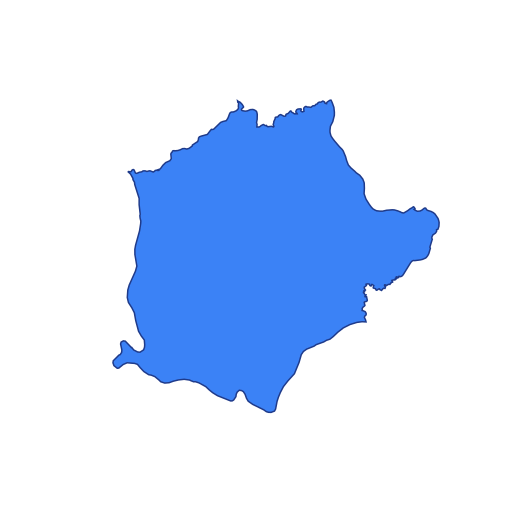 Kossi, Kossi, Burkina Faso, rotated 241°
{"feature_id": "67063806B77397496256894", "entity_name": "Kossi", "entity_type": "district", "adm_level": 2, "iso_a3": "BFA", "parent_name": "Burkina Faso", "parent_adm1": "Kossi", "projection": "albers", "projection_center": [-3.794, 12.935], "detail": "fine", "context": "isolated", "style": "filled", "palette": "blue", "viewbox_px": 512, "rotation_deg": 241, "n_neighbors": 0, "source": "geoboundaries", "source_scale": "gbopen_adm2", "svg_char_len": 6143}
<svg xmlns="http://www.w3.org/2000/svg" viewBox="0 0 512 512"><g transform="rotate(241 256 256)"><path d="M400.6,315.1L399.2,314.6L398.5,315.0L398.0,314.8L395.5,313.1L394.4,312.7L393.5,312.0L392.9,310.6L392.6,308.8L392.9,306.2L393.9,304.1L393.8,302.8L393.1,301.7L390.6,298.8L389.4,296.9L388.8,295.5L389.7,292.2L390.0,289.8L387.4,280.3L387.9,278.9L388.4,278.4L387.8,276.7L385.9,272.4L387.4,266.3L387.7,264.3L387.0,262.9L385.8,262.1L384.4,260.5L383.9,254.2L383.1,253.5L382.6,249.7L383.1,247.3L384.6,245.7L385.5,243.8L385.6,241.4L386.1,238.9L387.4,235.8L387.9,235.4L388.3,234.3L388.1,233.7L387.4,232.7L387.1,231.6L386.4,230.9L382.2,229.1L381.1,226.9L381.5,222.3L380.5,218.6L379.0,215.4L378.6,214.3L379.1,211.5L378.2,212.0L378.3,211.7L379.3,210.5L379.7,209.3L379.3,208.3L379.3,206.8L381.9,204.6L382.3,203.7L382.8,201.6L384.3,200.2L385.2,198.4L385.0,196.9L385.8,194.6L386.0,192.4L386.1,191.8L386.6,191.1L387.2,190.8L390.3,191.1L391.2,190.5L391.3,189.4L390.4,187.6L390.4,187.3L391.7,185.4L391.5,185.0L388.5,186.0L383.6,186.0L382.4,185.4L379.5,185.5L377.3,184.6L363.0,181.7L357.4,178.6L348.7,175.0L347.6,174.0L345.3,173.0L342.4,172.2L340.2,170.8L334.4,166.3L323.8,155.9L320.6,153.3L316.0,150.8L304.9,146.9L301.1,143.1L292.1,131.1L288.4,127.4L282.1,123.3L277.2,121.9L270.9,122.3L265.4,122.1L257.8,119.5L247.1,116.8L241.5,116.9L236.7,117.6L232.3,115.6L230.3,114.3L228.4,112.2L228.1,107.9L229.5,105.9L233.1,103.5L236.2,103.0L236.2,102.7L244.9,100.4L246.1,98.8L246.1,96.3L244.7,94.9L238.8,93.1L236.8,91.7L235.6,89.4L235.8,88.1L233.6,80.4L231.9,79.1L229.0,78.6L225.1,80.2L224.5,81.7L225.5,87.2L225.1,91.5L220.9,97.8L218.7,99.8L214.3,100.6L209.3,101.9L204.2,104.6L202.6,106.6L199.5,109.1L194.6,111.0L192.2,111.7L189.1,114.6L187.3,118.6L186.6,123.0L185.2,128.1L183.0,133.4L179.7,137.8L178.5,138.6L176.2,140.5L175.5,142.0L172.7,144.6L166.0,148.8L161.8,150.1L157.5,151.8L152.5,154.6L141.6,163.5L140.8,165.0L140.9,166.7L142.7,170.2L144.8,171.8L146.1,173.6L146.7,176.3L145.2,178.2L143.5,179.2L140.3,179.4L136.1,178.7L132.7,178.8L127.8,181.2L117.7,188.2L114.8,189.6L113.2,191.2L111.9,193.4L111.4,197.0L112.6,198.9L118.6,203.9L121.7,207.2L124.8,211.1L128.5,216.7L131.4,223.6L134.4,232.5L142.1,242.1L147.8,247.8L149.5,251.2L150.0,255.1L149.0,263.1L149.3,265.7L148.0,273.6L148.1,276.8L147.4,280.3L148.1,284.5L149.7,290.6L150.8,297.6L150.5,305.0L149.0,312.1L147.1,316.9L145.0,320.3L147.4,320.9L148.9,320.9L149.9,321.1L150.8,322.2L150.9,323.3L151.7,324.2L152.1,324.4L153.2,324.6L154.4,324.5L156.4,323.0L156.9,322.4L157.4,322.9L158.5,323.3L159.3,324.5L159.7,326.8L160.2,327.5L161.3,327.5L162.1,328.0L162.9,328.1L163.1,328.3L163.2,329.2L162.8,330.2L162.9,331.5L163.4,331.9L166.9,333.0L167.3,332.7L167.3,331.8L167.6,331.6L168.0,331.9L168.3,332.8L168.7,333.3L169.1,332.5L170.7,332.5L171.7,332.2L172.3,332.5L172.1,333.6L172.3,333.8L173.0,333.5L173.3,333.6L173.1,335.2L173.3,335.3L174.8,335.0L176.0,335.4L176.3,335.6L176.5,337.6L176.8,338.4L177.1,338.6L177.7,338.4L178.0,338.6L177.5,340.3L176.3,341.6L175.4,341.3L174.7,341.4L174.0,342.0L175.0,343.5L174.8,343.8L173.0,344.7L171.8,343.3L171.1,343.1L169.4,344.7L168.1,344.5L167.5,345.0L167.5,346.0L167.7,346.6L167.6,347.8L167.4,348.1L166.6,348.0L165.0,349.1L165.8,351.1L165.9,352.0L165.1,353.1L166.4,354.5L167.3,354.0L168.1,354.2L168.4,354.5L168.1,355.1L166.9,356.1L167.0,358.0L166.2,359.4L166.7,360.1L166.8,360.9L167.2,361.2L167.3,362.2L166.9,362.7L168.2,363.4L168.5,363.0L168.8,363.0L168.3,365.1L167.8,365.6L167.7,366.6L167.9,366.9L168.4,366.6L169.0,367.2L169.0,367.7L168.7,368.0L168.1,368.0L168.2,368.5L169.2,368.4L169.7,368.7L169.5,369.0L168.9,369.1L168.1,369.8L168.0,370.3L168.2,370.5L168.6,370.3L168.9,370.5L169.0,371.0L168.6,371.7L167.9,372.3L167.7,373.3L167.8,374.4L168.3,375.7L175.3,388.2L175.8,389.7L175.9,390.6L175.7,391.6L175.0,392.6L172.9,397.9L172.3,400.1L172.0,403.2L172.1,404.2L173.1,406.5L174.3,408.3L178.3,412.3L179.4,412.3L185.2,418.3L186.3,418.4L187.3,419.0L188.7,420.9L189.0,423.9L189.3,424.7L190.2,426.1L191.5,426.7L191.2,428.1L193.3,430.4L196.5,432.4L198.1,432.9L200.6,433.4L206.0,432.9L208.0,432.1L210.0,430.8L212.7,428.2L213.7,427.7L215.6,427.6L215.8,427.4L216.1,426.9L216.2,426.3L215.7,423.3L215.8,421.3L216.8,419.0L217.6,418.3L218.9,417.4L220.2,416.8L220.2,418.0L221.6,418.0L222.4,417.8L222.7,417.6L222.7,416.5L222.5,415.7L222.6,413.8L222.1,410.7L222.0,406.4L222.2,405.7L223.5,404.3L224.5,403.7L226.6,402.0L229.1,399.5L230.3,397.7L232.7,392.4L233.9,388.3L235.1,386.2L237.1,383.4L238.7,382.2L240.6,381.1L243.1,380.5L246.3,380.1L251.5,379.8L252.7,379.8L256.9,380.5L258.2,380.8L262.6,383.6L267.1,385.9L268.0,386.2L271.6,386.7L276.3,385.9L280.2,384.0L282.1,383.5L287.1,381.7L290.8,380.9L295.4,381.5L299.4,382.5L305.5,383.2L307.5,383.0L310.9,382.0L318.3,380.5L321.6,380.0L324.2,379.8L325.2,379.9L328.3,380.7L330.2,381.7L333.4,384.0L336.3,388.3L341.0,392.7L343.8,394.3L348.3,396.2L353.1,397.0L355.9,397.2L356.2,396.7L356.4,395.9L356.1,392.9L355.8,392.2L355.0,391.6L355.9,390.6L356.6,390.4L356.7,390.6L357.6,390.6L359.1,389.6L359.1,387.3L359.9,386.0L360.0,384.6L359.3,383.5L359.6,382.0L359.0,380.3L359.8,378.4L359.4,376.1L360.9,374.1L361.4,373.1L362.5,372.3L362.7,372.0L362.7,370.8L362.3,369.7L361.8,369.2L359.3,368.1L359.6,366.3L360.8,365.6L361.4,365.6L362.3,366.8L363.0,366.6L364.2,364.0L364.2,362.4L363.1,360.9L362.7,360.7L361.9,360.6L360.9,361.1L360.3,361.0L360.4,360.7L361.1,360.1L361.3,359.0L362.5,358.0L363.1,357.9L364.3,357.0L366.0,356.8L366.1,356.1L365.3,353.9L365.1,353.0L365.4,351.2L365.0,350.5L364.2,349.9L364.2,349.2L364.7,348.2L367.7,346.2L367.9,345.3L367.8,343.8L367.2,342.8L367.2,342.2L367.8,340.8L367.8,340.0L366.7,339.2L365.0,336.8L363.8,336.0L363.1,335.2L362.7,334.8L360.7,334.5L360.4,334.1L360.4,333.8L362.0,332.3L363.2,329.3L363.6,328.8L364.1,328.5L365.1,328.5L365.5,327.4L365.9,327.0L367.1,326.5L367.5,326.1L367.6,323.6L367.3,322.6L367.3,321.6L367.5,320.9L368.5,319.3L370.5,320.7L372.5,321.2L375.0,323.3L379.3,325.8L381.6,326.5L382.7,326.4L384.4,325.5L385.7,324.3L386.8,321.9L387.1,318.9L387.8,316.9L389.5,314.8L390.3,314.1L391.1,314.2L391.6,314.8L392.2,317.2L392.8,317.5L395.3,317.4L398.1,316.7L400.1,315.3L400.6,315.1Z" fill="#3b82f6" stroke="#1e3a8a" stroke-width="1.5"/></g></svg>